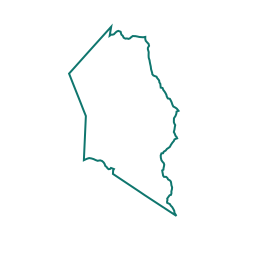 the district of Olho d'Água das Cunhãs, Maranhão, Brazil, rotated 337°
{"feature_id": "56859067B71077729140959", "entity_name": "Olho d'Água das Cunhãs", "entity_type": "district", "adm_level": 2, "iso_a3": "BRA", "parent_name": "Brazil", "parent_adm1": "Maranhão", "projection": "robinson", "projection_center": [-45.08, -4.123], "detail": "fine", "context": "isolated", "style": "outline", "palette": "teal", "viewbox_px": 256, "rotation_deg": 337, "n_neighbors": 0, "source": "geoboundaries", "source_scale": "gbopen_adm2", "svg_char_len": 2065}
<svg xmlns="http://www.w3.org/2000/svg" viewBox="0 0 256 256"><g transform="rotate(337 128 128)"><path d="M178.0,123.8L178.2,121.4L178.1,119.1L177.9,117.5L176.2,116.3L176.0,114.1L176.3,112.5L176.2,110.9L175.9,108.8L175.4,107.0L175.4,104.6L173.9,103.6L174.4,101.9L175.0,100.0L174.7,98.3L175.2,96.5L174.9,95.1L174.4,93.5L174.3,91.9L173.3,91.0L171.9,89.6L171.4,88.0L171.8,86.6L172.2,83.0L173.0,80.1L173.4,77.9L173.8,76.0L174.3,74.0L174.5,71.5L175.2,69.5L176.0,67.7L176.7,66.2L176.9,64.6L177.1,63.1L177.7,61.9L179.5,60.6L179.8,58.5L179.1,56.8L178.4,54.6L178.7,52.7L179.5,50.9L177.4,50.4L174.1,48.7L172.3,47.4L170.8,46.4L168.3,45.2L166.2,45.7L165.0,46.2L163.4,46.2L161.9,45.1L160.5,44.7L159.3,43.2L159.2,41.1L158.4,39.4L158.6,38.0L158.8,36.5L157.0,34.8L155.2,34.8L153.3,35.5L151.7,36.2L150.3,36.1L148.9,35.5L147.2,35.9L152.1,28.2L122.9,41.8L95.0,54.9L94.7,66.5L94.3,84.7L94.0,94.8L93.9,100.5L74.8,140.4L77.0,140.3L78.4,140.3L80.5,140.5L82.4,141.7L84.2,143.2L85.7,144.9L87.2,146.3L89.7,146.9L91.2,148.2L92.1,150.1L92.4,151.8L92.3,154.1L93.0,155.3L93.3,156.7L94.0,158.3L95.4,158.7L96.7,158.1L99.0,160.3L97.7,161.3L96.2,164.4L114.4,192.1L117.1,196.3L138.2,227.8L137.9,225.7L137.6,224.4L138.2,222.3L138.1,220.8L137.8,218.2L137.0,216.0L136.8,214.4L135.7,213.2L134.8,212.1L135.3,210.8L136.2,209.7L136.5,208.3L138.3,207.2L140.0,206.2L141.5,206.3L142.5,205.0L143.1,203.4L144.6,201.4L145.4,199.9L145.6,197.6L146.2,195.6L146.5,193.9L146.0,192.5L144.8,191.0L144.7,189.3L144.0,187.9L142.1,187.1L141.7,185.6L142.1,183.9L142.5,182.0L142.9,180.4L144.3,180.2L145.0,178.9L146.0,177.5L147.0,176.0L147.2,174.4L146.6,172.6L146.2,170.7L146.6,168.2L147.4,166.0L148.9,164.4L150.4,164.9L151.6,163.8L153.8,163.5L155.6,162.5L157.7,162.1L159.2,161.7L160.9,160.3L162.9,159.0L165.2,157.8L166.3,156.7L167.6,156.6L169.2,156.7L169.2,155.1L168.7,153.8L168.8,151.4L168.6,149.6L170.2,147.5L171.4,145.5L172.6,143.8L172.4,142.1L172.5,140.5L174.1,137.0L176.5,135.4L178.1,133.7L179.1,131.9L181.2,131.9L180.5,129.3L179.6,127.8L178.1,125.9L178.0,123.8Z" fill="none" stroke="#0f766e" stroke-width="2"/></g></svg>